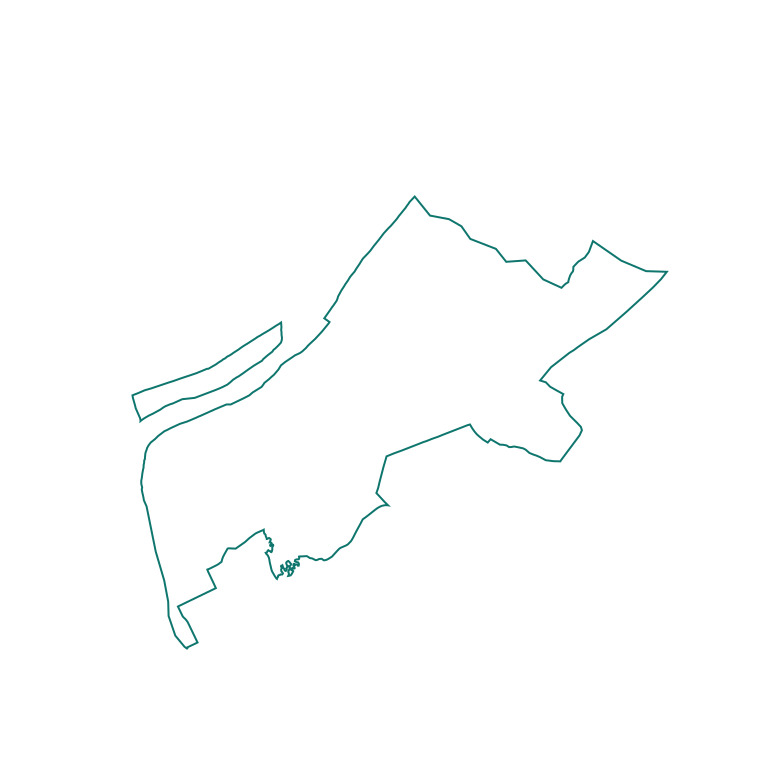 Yangon (West), Yangon, Myanmar, rotated 62°
{"feature_id": "60261553B21361013305345", "entity_name": "Yangon (West)", "entity_type": "district", "adm_level": 2, "iso_a3": "MMR", "parent_name": "Myanmar", "parent_adm1": "Yangon", "projection": "natural_earth1", "projection_center": [96.146, 16.837], "detail": "fine", "context": "isolated", "style": "outline", "palette": "teal", "viewbox_px": 768, "rotation_deg": 62, "n_neighbors": 0, "source": "geoboundaries", "source_scale": "gbopen_adm2", "svg_char_len": 6162}
<svg xmlns="http://www.w3.org/2000/svg" viewBox="0 0 768 768"><g transform="rotate(62 384 384)"><path d="M417.7,81.6L407.4,99.6L386.5,116.6L355.9,132.4L363.6,141.1L366.6,147.3L367.2,155.0L369.4,161.7L370.6,162.5L371.7,163.0L373.3,164.4L374.3,166.7L375.6,168.7L377.7,171.0L379.5,172.7L380.6,173.5L380.8,176.7L381.4,179.0L382.4,182.1L366.4,194.3L341.4,200.9L333.5,218.7L317.3,221.7L296.4,239.7L281.1,241.6L269.0,249.2L256.9,264.3L232.9,268.9L235.3,276.0L236.5,278.1L237.1,279.5L238.8,282.7L239.6,284.7L242.8,292.3L244.2,295.0L247.6,303.8L248.6,307.2L250.8,313.4L254.5,321.4L257.3,328.1L259.9,333.5L261.2,337.1L263.1,343.0L263.6,344.2L264.3,345.5L266.4,349.0L269.3,354.5L270.9,357.1L272.7,361.7L273.6,363.8L275.6,367.1L277.8,371.4L279.2,373.7L281.2,377.4L285.2,383.5L286.9,385.1L288.3,386.8L291.1,392.2L291.8,393.8L293.1,396.2L294.7,399.4L298.0,405.9L303.7,403.0L304.5,404.4L308.6,414.2L311.9,423.7L313.6,430.2L314.5,433.3L315.6,436.0L316.8,440.7L317.0,441.9L317.2,443.7L316.9,449.3L317.2,451.4L318.2,461.1L319.2,466.3L321.6,470.3L324.1,476.6L325.0,480.5L325.8,483.4L326.2,485.7L326.9,489.2L327.9,490.9L329.1,493.5L329.8,503.9L330.8,508.3L330.7,514.9L330.1,528.9L328.1,532.7L327.0,544.9L325.9,561.5L325.7,563.0L325.6,565.6L324.7,575.6L323.4,582.7L322.8,593.2L322.8,596.9L322.6,600.1L323.9,607.9L325.1,611.9L326.1,617.3L327.6,620.6L329.2,623.1L331.1,625.0L331.9,626.0L333.4,627.4L338.3,630.6L338.8,631.5L341.1,632.9L342.6,634.2L345.0,635.6L346.2,636.7L349.6,639.4L352.9,641.7L355.7,643.9L358.3,645.2L361.8,646.1L363.4,647.4L365.9,648.2L371.0,649.6L374.0,650.6L380.6,651.1L424.7,664.2L454.3,670.3L474.8,676.7L487.7,683.1L508.2,686.4L522.4,683.5L525.8,681.8L524.2,681.8L524.7,670.0L502.1,669.1L498.8,669.6L495.1,670.8L493.5,670.8L483.7,670.4L485.3,628.3L480.5,628.0L467.1,627.4L464.9,627.1L465.2,624.7L465.4,616.7L465.3,614.7L464.7,610.9L462.8,609.2L461.1,607.3L459.5,605.0L455.9,599.4L456.1,598.4L459.7,592.3L458.3,580.9L456.9,575.4L455.7,567.9L455.7,565.9L456.2,559.5L456.2,558.6L457.7,559.3L459.8,559.9L460.7,559.5L461.7,559.4L462.3,559.7L463.3,559.9L464.9,559.9L465.8,560.3L466.0,559.7L465.9,558.8L466.0,557.8L467.2,557.1L468.0,556.9L468.7,557.5L469.6,558.8L470.1,559.3L470.5,558.4L471.8,558.0L472.3,558.9L472.5,559.8L473.0,560.3L473.7,560.3L473.8,559.7L473.2,559.0L473.2,558.1L473.9,557.4L474.6,557.6L475.0,558.2L475.4,558.9L476.0,559.5L477.3,560.1L478.2,560.7L479.4,561.9L479.5,562.5L479.1,562.8L478.3,562.8L477.7,563.6L477.2,563.9L476.5,564.1L476.5,564.9L477.2,565.7L477.7,566.5L477.5,567.7L478.5,567.7L480.6,567.1L481.3,567.1L483.3,567.2L485.0,567.6L487.8,568.6L489.3,569.0L495.4,570.6L496.3,570.7L497.1,570.8L502.5,570.6L505.1,570.3L505.8,570.0L505.2,569.4L504.5,568.1L503.9,567.8L503.4,567.0L503.8,565.7L503.5,565.0L504.4,563.2L503.8,562.2L503.2,562.1L501.5,562.5L500.8,562.5L500.2,562.1L499.6,562.0L499.0,561.3L498.6,560.7L496.5,560.5L496.2,559.9L496.7,559.5L496.5,558.8L498.4,559.1L498.8,559.6L500.4,558.7L500.9,559.0L501.6,559.2L502.2,559.1L502.8,558.7L502.9,557.9L501.8,556.7L501.0,556.7L500.2,555.8L500.2,555.0L500.3,554.2L499.7,554.1L498.9,554.8L498.0,554.8L496.1,554.4L495.6,553.8L495.2,552.4L495.4,551.5L497.4,550.9L498.8,550.7L499.3,550.5L500.1,551.4L500.4,552.2L500.6,553.5L501.1,553.2L501.8,553.2L502.7,554.0L503.7,555.3L504.9,556.7L505.7,556.9L506.3,556.8L506.8,557.1L507.5,557.4L508.5,558.7L508.7,558.1L509.1,556.3L508.6,555.0L508.2,554.3L507.2,552.8L506.6,552.0L505.9,552.2L505.3,552.8L504.7,553.2L504.1,552.9L503.6,552.1L503.4,551.3L504.3,550.9L504.7,550.1L504.8,549.5L504.2,549.2L501.7,549.2L501.0,548.8L500.5,548.1L500.9,547.5L501.5,547.3L502.2,547.3L502.1,546.3L502.8,545.4L503.5,545.1L504.1,545.2L504.3,544.6L503.7,544.1L502.9,543.6L502.0,543.5L501.0,543.7L500.4,544.6L499.2,545.7L498.6,545.9L497.7,545.1L497.7,544.2L498.0,543.1L498.5,542.2L498.7,541.5L498.3,540.8L497.8,540.5L497.1,540.3L496.5,540.1L496.7,539.2L497.8,537.2L499.6,533.2L500.1,532.7L502.9,531.1L504.3,529.3L507.4,527.1L507.8,526.3L508.0,525.3L508.0,524.0L508.3,522.9L508.9,521.4L509.5,520.8L511.1,520.1L511.6,519.6L512.0,518.3L512.3,516.7L512.3,515.2L512.0,511.0L509.3,503.5L508.4,500.6L508.3,499.6L508.3,498.7L508.7,493.8L508.7,492.1L508.6,491.1L507.6,487.9L507.3,487.0L506.8,486.1L505.4,483.8L501.4,478.1L496.2,470.2L493.5,466.3L493.0,462.4L490.9,450.8L490.5,448.1L490.4,445.1L490.6,443.0L491.3,440.5L492.4,438.2L493.0,437.4L488.9,438.7L476.7,441.9L473.1,438.0L468.3,433.8L457.1,423.5L449.1,415.7L449.9,408.0L451.1,399.4L452.9,384.1L453.8,376.2L454.3,373.6L454.9,367.9L455.3,365.1L455.9,361.4L456.5,355.6L459.6,329.5L460.1,327.1L464.4,326.9L467.9,326.5L471.8,325.7L474.9,324.6L477.7,323.4L479.5,322.7L484.4,319.9L482.8,315.8L492.0,310.1L493.5,307.5L494.5,306.2L495.8,304.6L498.4,303.2L499.3,301.5L500.3,298.4L502.8,295.3L506.2,291.3L508.6,289.7L513.1,288.0L516.5,285.2L518.7,283.1L521.9,280.5L527.2,277.0L531.7,270.6L535.1,264.6L534.7,264.1L521.2,235.5L517.8,231.0L514.3,230.3L509.1,231.7L499.4,234.7L491.6,235.4L484.6,235.6L479.0,232.8L477.1,230.4L469.8,235.2L464.4,238.6L458.5,240.3L454.2,244.5L449.2,232.5L447.6,228.7L443.5,205.5L443.2,200.4L442.4,195.4L440.8,181.9L440.1,161.9L434.0,135.6L428.2,113.0L425.0,101.1L421.5,90.2L417.7,81.6ZM302.4,616.4L302.1,614.8L301.7,611.7L301.5,606.4L301.7,602.2L301.6,593.3L301.2,590.7L301.0,587.6L301.5,582.3L302.0,579.9L302.7,569.3L307.4,557.6L310.1,536.6L310.7,530.8L310.9,527.5L311.0,522.6L310.4,519.3L309.3,514.8L309.3,513.9L309.0,511.4L309.0,508.7L308.4,503.6L307.5,497.1L306.7,490.1L306.2,480.8L305.3,478.9L304.0,473.1L303.0,467.3L301.9,465.4L301.7,463.7L300.4,459.2L299.1,455.6L297.8,454.2L296.4,453.0L294.6,452.1L292.5,451.4L290.4,450.3L288.0,449.4L285.5,447.8L281.4,446.0L281.7,448.5L281.9,452.6L282.1,454.3L282.6,460.8L282.9,468.2L283.1,470.6L283.1,473.7L283.4,475.8L284.2,485.3L284.3,486.5L284.3,487.5L284.6,491.4L285.0,494.6L285.3,496.3L285.8,502.6L286.0,503.6L286.3,507.0L286.2,509.4L286.8,512.6L286.7,514.2L287.1,516.4L287.3,519.6L287.8,523.2L288.0,529.5L288.1,531.9L287.5,533.1L286.4,544.4L285.4,550.6L283.9,559.3L282.5,568.6L281.5,574.0L278.6,591.6L277.2,598.3L276.6,605.6L275.9,611.4L278.7,612.3L285.3,613.7L288.9,614.6L299.5,615.4L301.6,615.9L302.4,616.4Z" fill="none" stroke="#0f766e" stroke-width="2"/></g></svg>